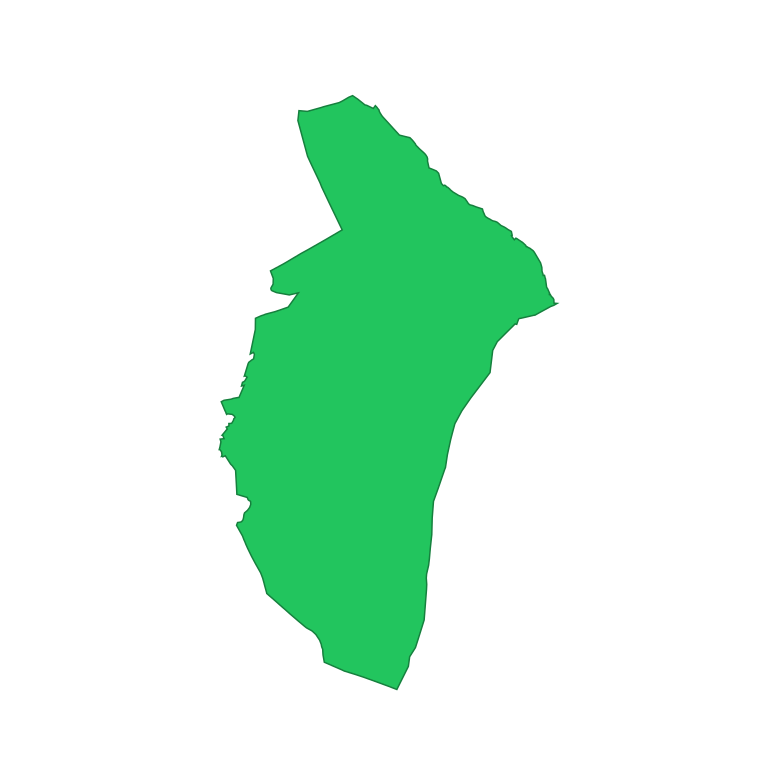 outline of San Miguel Tlacamama, Oaxaca, Mexico, rotated 66°
{"feature_id": "50627088B65842169677183", "entity_name": "San Miguel Tlacamama", "entity_type": "district", "adm_level": 2, "iso_a3": "MEX", "parent_name": "Mexico", "parent_adm1": "Oaxaca", "projection": "natural_earth1", "projection_center": [-98.117, 16.445], "detail": "fine", "context": "isolated", "style": "filled", "palette": "green", "viewbox_px": 768, "rotation_deg": 66, "n_neighbors": 0, "source": "geoboundaries", "source_scale": "gbopen_adm2", "svg_char_len": 4093}
<svg xmlns="http://www.w3.org/2000/svg" viewBox="0 0 768 768"><g transform="rotate(66 384 384)"><path d="M127.9,281.7L124.3,284.8L122.4,286.4L121.3,287.9L120.3,288.4L113.3,292.0L107.8,295.4L107.7,299.6L108.5,306.6L108.7,310.5L106.1,326.6L105.9,328.8L103.8,343.1L99.7,350.5L108.3,355.5L144.9,361.2L153.0,361.1L174.2,360.6L178.6,360.8L196.0,360.4L220.2,359.7L226.2,359.5L228.3,378.1L230.4,399.0L231.0,406.5L233.4,426.9L234.5,441.7L242.5,442.2L247.7,444.7L250.2,448.1L250.9,448.6L252.2,448.8L253.2,448.4L256.3,445.5L256.8,445.0L264.1,434.3L265.9,425.1L274.8,440.3L273.6,454.1L272.0,464.1L272.0,465.8L271.7,468.4L271.7,474.7L281.9,479.4L302.2,494.0L302.0,490.4L304.1,490.3L308.0,492.9L308.2,494.8L309.2,498.7L310.1,499.8L320.0,508.4L320.1,507.5L322.1,506.3L324.6,510.0L324.9,511.2L324.9,512.6L327.9,515.0L328.3,512.2L337.3,521.9L336.9,523.1L335.8,527.7L335.7,529.7L333.8,536.8L334.0,539.9L343.6,540.1L346.1,540.0L346.6,540.2L347.8,540.1L347.6,539.1L349.9,535.2L350.2,534.9L351.2,534.4L352.4,533.8L353.8,533.6L354.3,534.3L354.5,535.0L354.9,535.6L355.7,536.1L356.1,536.5L357.9,539.1L357.9,539.4L357.0,541.8L358.3,542.3L359.3,542.9L359.2,545.7L361.5,545.5L361.8,546.5L364.9,552.7L365.2,552.2L368.9,552.3L367.7,556.1L370.5,556.5L374.7,559.4L376.9,561.2L377.2,560.6L379.8,560.0L383.0,560.9L384.0,561.9L384.1,561.3L385.0,560.9L385.0,558.2L385.5,558.1L394.8,556.7L397.1,555.8L402.5,554.7L404.9,555.6L414.9,559.4L425.0,563.3L432.0,555.1L434.4,555.2L435.7,554.6L436.6,553.8L437.2,553.7L439.8,554.7L442.1,556.9L443.9,560.1L445.0,563.8L446.4,565.1L448.7,566.5L450.7,568.0L451.8,570.0L451.8,571.2L451.0,574.1L453.1,576.2L465.0,575.1L465.7,575.1L469.3,575.3L472.9,575.3L473.5,575.4L473.8,575.4L478.6,575.4L487.4,575.1L495.8,574.5L506.3,573.5L512.2,573.8L512.7,573.9L518.0,574.7L518.3,574.8L526.8,576.1L527.7,576.3L531.6,574.5L537.8,571.6L542.9,569.3L548.1,566.9L548.9,566.5L555.6,563.5L558.3,562.2L565.5,558.8L565.7,558.7L573.1,555.1L575.2,554.0L576.7,552.9L579.7,550.6L580.7,550.0L585.4,548.0L585.8,547.9L585.9,548.0L591.8,547.0L596.2,547.2L598.7,547.8L601.4,547.9L606.7,549.9L613.9,551.7L628.2,538.6L630.1,537.0L637.7,528.3L643.9,521.5L661.0,503.8L668.3,496.5L661.2,487.9L651.9,476.6L643.6,471.5L637.6,462.5L631.1,456.7L620.8,447.6L615.9,443.3L589.1,428.8L584.5,426.5L578.5,424.3L574.8,422.3L567.8,417.0L561.9,413.5L552.7,408.4L541.0,401.6L526.1,394.5L511.3,386.5L501.2,376.8L486.4,363.0L485.4,361.9L474.3,354.8L461.9,345.7L457.0,341.8L449.1,335.4L440.1,323.7L432.1,310.5L416.7,282.5L397.5,271.0L391.4,263.3L382.4,239.7L382.7,239.5L383.5,238.5L379.8,235.0L379.7,234.9L379.3,234.4L379.2,233.9L379.8,231.3L382.4,217.9L382.5,217.9L382.0,212.5L381.0,200.4L381.0,200.1L381.2,196.9L380.8,193.1L379.3,195.8L375.9,194.5L375.6,194.5L374.0,194.7L372.0,195.5L370.0,195.7L369.8,196.3L369.5,196.1L369.2,196.1L369.0,196.3L368.7,195.8L363.4,195.8L361.8,196.1L356.0,194.4L354.9,194.1L353.7,193.7L352.1,193.6L350.9,193.3L350.0,193.2L349.7,194.4L347.7,194.0L346.2,193.9L345.0,193.7L343.3,193.0L341.7,192.4L339.9,192.1L336.9,191.7L324.7,193.1L323.5,193.4L322.8,193.6L321.7,194.2L320.9,194.7L319.8,195.2L319.3,195.6L318.9,195.9L317.9,196.8L317.0,197.3L316.4,198.2L315.1,198.1L313.2,198.9L311.3,199.7L305.1,203.6L304.4,204.2L305.0,205.9L305.2,206.3L303.2,206.8L300.4,207.3L300.3,206.4L296.4,205.6L293.3,207.9L291.1,209.2L289.4,210.4L287.9,211.7L286.7,212.7L282.4,214.7L281.4,215.6L280.5,216.5L279.5,217.9L278.2,219.1L276.8,220.0L275.7,220.9L274.4,221.9L272.4,223.1L271.1,223.4L269.9,223.3L266.7,223.3L265.0,223.0L264.1,222.9L259.6,227.9L257.1,230.3L255.3,232.6L253.7,233.5L250.6,234.0L247.6,234.6L245.6,235.9L244.5,236.8L242.1,239.1L236.8,242.8L233.6,244.4L232.5,244.7L230.0,245.9L229.4,246.7L228.5,246.8L227.1,247.6L227.0,249.1L224.1,250.0L213.7,248.4L210.7,249.5L208.5,251.5L204.9,255.0L198.1,253.6L196.1,252.6L194.2,252.3L191.4,252.7L189.8,253.2L183.7,255.9L178.9,257.7L177.5,257.7L174.9,258.3L172.8,258.9L169.6,260.1L162.9,268.7L143.3,275.2L139.7,276.4L137.8,276.9L136.3,277.1L134.8,277.3L132.9,277.4L131.7,277.1L129.9,277.6L128.1,278.0L126.2,278.7L127.9,281.7Z" fill="#22c55e" stroke="#15803d" stroke-width="1.5"/></g></svg>